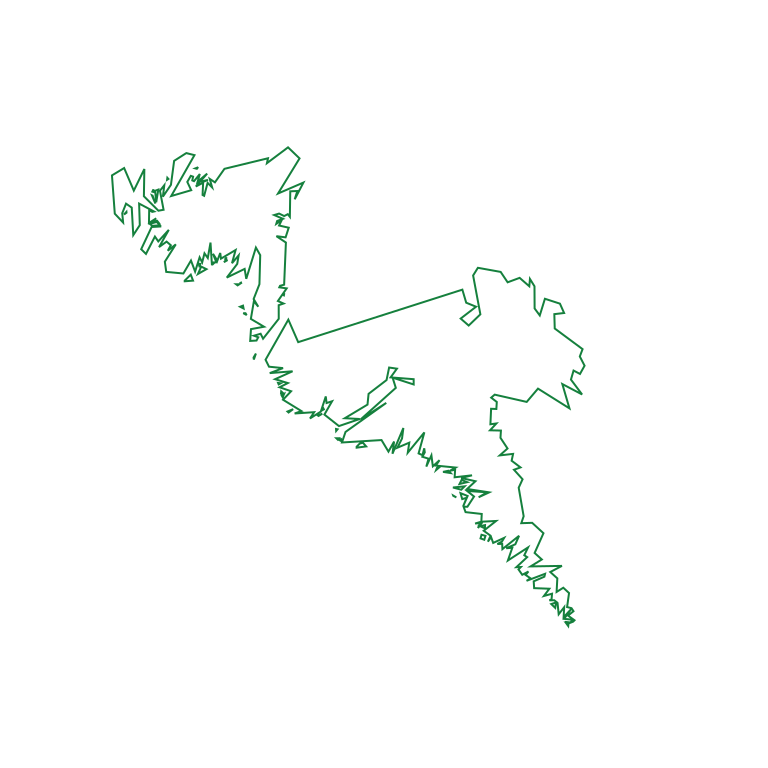 Newfoundland and Labrador, orthographic projection, rotated 161°
{"feature_id": "CAN-686", "entity_name": "Newfoundland and Labrador", "entity_type": "Province", "adm_level": 1, "iso_a3": "CAN", "parent_name": "Canada", "parent_adm1": "", "projection": "orthographic", "projection_center": [-58.847, 53.496], "detail": "fine", "context": "isolated", "style": "outline", "palette": "green", "viewbox_px": 768, "rotation_deg": 161, "n_neighbors": 0, "source": "natural_earth", "source_scale": "10m", "svg_char_len": 6198}
<svg xmlns="http://www.w3.org/2000/svg" viewBox="0 0 768 768"><g transform="rotate(161 384 384)"><path d="M287.5,97.5L290.4,100.2L285.3,97.8L282.5,99.8L290.2,103.3L280.2,110.3L290.1,105.0L286.3,114.3L293.8,109.4L291.2,120.5L293.4,124.1L298.1,125.6L295.7,125.8L293.4,131.0L301.8,131.5L294.3,136.6L308.5,142.1L306.7,148.7L295.1,149.6L293.5,152.1L313.3,151.5L308.7,152.5L312.3,157.4L308.5,159.7L315.4,158.6L317.2,164.9L314.2,166.4L318.5,167.7L305.0,173.7L307.1,176.4L301.0,182.6L324.3,176.8L316.0,187.4L321.9,188.9L312.0,189.7L305.7,196.5L325.8,189.3L324.3,194.4L328.9,195.8L323.8,196.6L320.5,199.4L332.5,198.2L332.6,205.8L337.5,212.8L322.6,218.0L336.8,222.1L333.9,229.3L348.6,236.3L348.7,242.0L345.1,240.8L335.5,248.3L340.2,255.8L321.7,248.0L331.4,246.1L319.8,247.3L339.6,257.7L329.2,262.3L341.6,270.0L330.5,269.0L347.6,272.8L344.7,279.7L349.9,280.5L343.5,281.7L361.6,290.0L356.3,293.9L364.6,290.3L362.4,301.1L370.9,292.1L366.2,298.9L371.4,302.7L367.7,306.1L366.9,310.1L370.8,304.2L373.9,307.1L361.6,325.1L383.9,311.3L379.2,320.3L392.1,319.4L384.7,326.6L380.0,336.1L398.7,315.3L393.2,326.3L401.8,318.6L404.6,331.8L442.8,342.4L436.0,351.2L388.0,365.4L417.9,358.0L374.1,376.5L373.8,387.2L356.1,373.9L354.4,378.9L375.6,388.1L366.8,394.3L373.8,397.9L380.3,386.9L401.8,379.7L406.3,369.9L432.2,364.4L418.3,358.8L440.3,358.9L450.3,374.5L438.7,384.6L444.5,384.7L443.1,391.2L452.7,378.5L465.2,375.5L459.2,380.1L478.1,385.2L470.9,385.3L484.6,402.0L474.2,407.4L483.8,414.9L474.6,416.2L485.4,424.0L466.3,425.8L488.5,431.5L474.3,431.9L487.1,437.8L488.1,445.5L453.5,476.0L451.5,451.5L279.2,447.7L279.8,434.1L271.8,427.1L290.2,420.9L284.9,411.7L270.2,418.5L264.4,457.6L257.4,463.3L237.2,452.0L234.0,439.9L221.2,440.2L214.8,429.1L211.8,435.8L209.9,427.4L217.0,406.4L214.4,398.1L204.1,412.2L191.5,402.7L190.6,392.5L200.2,394.6L204.5,380.9L184.9,352.3L189.9,346.3L188.4,336.0L195.4,329.7L200.4,335.0L205.8,327.3L200.1,309.6L215.4,325.9L216.6,300.6L239.9,329.5L254.9,320.6L282.8,337.9L287.1,336.2L283.2,330.3L285.9,323.8L290.8,325.7L296.5,311.3L290.6,310.1L298.8,305.7L288.6,301.9L291.4,295.2L288.2,282.8L297.8,278.8L284.7,275.9L288.3,269.9L282.1,260.7L289.0,260.6L284.0,248.8L290.4,242.1L295.0,213.5L299.5,207.7L289.1,204.5L281.8,191.0L296.6,175.2L291.9,166.7L304.8,163.8L275.0,154.1L288.0,152.1L283.4,143.8L288.5,131.2L280.8,133.0L277.1,126.1L283.5,113.5L279.7,111.0L278.8,107.5L285.4,105.1L280.8,98.6L282.6,97.7L287.5,97.5ZM583.1,632.7L573.3,669.8L559.4,672.8L557.6,648.3L540.6,665.3L549.9,639.7L540.9,621.3L535.7,620.5L532.9,639.7L527.0,643.5L532.1,633.1L520.6,641.7L509.8,663.3L495.8,666.7L488.7,662.1L524.0,631.0L503.2,630.0L504.2,639.1L498.9,643.7L497.0,642.2L499.0,638.9L497.6,637.6L489.8,642.5L494.4,635.9L482.7,640.5L497.6,632.0L489.5,633.2L494.0,621.8L492.8,620.5L485.3,631.6L482.5,625.8L482.0,634.7L478.2,629.7L464.8,639.4L420.2,635.2L422.8,630.9L397.7,639.0L390.4,624.8L422.2,598.6L394.6,600.7L408.3,587.7L403.1,594.7L409.9,596.7L418.6,572.7L419.7,575.9L423.7,575.3L427.7,579.3L432.8,579.5L425.8,573.1L432.0,572.9L433.7,570.5L427.4,572.2L431.6,568.0L423.2,562.8L429.3,554.7L437.6,558.8L430.7,549.7L446.1,510.4L450.3,510.7L451.5,509.5L444.9,506.1L457.3,497.0L452.8,492.8L457.9,492.8L462.3,479.9L483.6,466.2L484.3,471.7L491.2,472.0L487.7,469.1L490.4,466.6L496.5,468.3L491.9,479.2L478.8,477.2L488.7,488.9L480.1,504.6L477.7,498.0L479.6,506.8L469.3,518.9L459.1,546.1L460.7,554.7L480.0,528.3L478.3,538.2L498.0,535.8L483.7,545.3L479.6,552.9L488.4,547.7L480.7,559.0L497.3,555.6L496.2,561.2L501.4,554.9L503.3,562.8L502.9,553.6L506.1,554.6L505.7,553.5L507.2,552.8L507.8,553.1L502.0,574.2L509.6,560.5L511.2,566.0L516.3,558.2L517.1,563.8L526.0,551.8L526.3,563.6L537.7,553.8L553.4,560.9L551.4,571.0L535.4,583.8L545.0,580.4L540.4,584.6L543.2,589.4L552.1,586.7L537.3,599.8L551.0,592.3L552.6,598.0L566.7,584.5L569.7,590.5L552.6,608.1L544.4,605.8L544.1,608.4L545.4,612.2L552.2,612.7L545.4,614.8L553.8,612.8L549.4,624.9L547.1,622.2L545.3,622.0L556.8,634.3L563.2,613.7L572.6,606.4L565.1,632.9L569.2,638.5L575.9,630.7L578.1,621.6L583.1,632.7ZM341.4,250.9L348.8,242.8L342.9,249.5L347.5,249.7L347.2,255.9L341.4,250.9ZM421.2,330.8L430.6,332.7L430.3,333.6L426.3,335.6L423.0,335.3L421.2,330.8ZM531.1,550.3L530.9,543.9L539.0,546.0L538.8,546.6L531.1,550.3ZM551.6,609.0L553.4,611.7L546.1,611.2L544.3,607.0L551.6,609.0ZM350.0,278.1L356.8,281.7L351.3,281.0L350.0,278.1ZM345.4,258.9L352.5,263.7L341.1,261.0L345.4,258.9ZM518.6,554.5L514.5,550.4L524.1,548.6L518.6,554.5ZM335.6,214.7L339.4,218.3L334.4,217.7L335.6,214.7ZM345.1,264.9L341.9,268.0L337.3,264.1L345.1,264.9ZM295.0,116.6L297.5,121.5L292.4,121.4L295.0,116.6ZM343.3,222.4L338.0,222.2L336.9,220.7L342.0,217.2L338.5,221.3L343.3,222.4ZM337.1,201.1L333.3,205.1L333.0,204.1L337.1,201.1ZM337.5,207.4L339.9,204.1L343.0,206.6L340.9,209.7L337.5,207.4ZM540.2,630.0L537.5,641.2L534.1,641.3L540.2,630.0ZM478.1,389.8L483.5,388.1L484.2,389.4L478.1,389.8ZM492.2,501.1L494.9,503.9L491.8,504.0L492.2,501.1ZM484.0,634.3L489.3,634.0L490.6,634.9L484.0,634.3ZM357.6,287.7L362.7,285.7L361.3,287.4L357.6,287.7ZM354.9,256.0L352.5,253.2L354.9,255.7L354.9,256.0ZM498.7,451.5L495.2,454.5L499.1,449.5L498.7,451.5ZM452.0,376.0L456.3,375.1L456.8,375.8L452.0,376.0ZM481.7,407.2L484.1,404.4L484.5,406.7L481.7,407.2ZM442.9,343.8L444.9,346.0L442.6,345.9L442.9,343.8ZM491.4,493.9L494.0,496.8L491.9,496.0L491.4,493.9ZM491.6,552.1L495.7,551.3L493.1,552.5L491.6,552.1ZM449.5,382.2L449.1,379.6L451.5,379.2L449.5,382.2ZM520.3,554.4L520.0,558.0L518.6,557.4L520.3,554.4ZM541.5,637.4L541.4,629.0L542.0,637.9L541.5,637.4ZM571.7,629.8L574.6,628.9L571.5,630.6L571.7,629.8ZM491.5,555.0L493.5,552.9L493.5,553.8L491.5,555.0ZM288.6,95.2L289.6,98.4L287.8,96.9L288.6,95.2ZM482.3,408.1L484.4,408.7L483.6,410.5L482.3,408.1ZM481.5,418.3L483.7,417.9L483.8,419.5L481.5,418.3ZM538.6,643.1L539.4,640.6L540.4,641.3L538.6,643.1ZM488.4,525.4L490.3,524.9L491.3,526.4L488.4,525.4ZM448.7,502.3L449.8,500.4L450.5,501.2L448.7,502.3ZM492.2,649.3L489.7,649.4L489.1,649.6L490.9,648.4L492.2,649.3ZM442.7,356.3L444.5,355.2L444.0,357.1L442.7,356.3ZM444.3,347.4L445.8,346.4L446.7,348.2L444.3,347.4ZM521.1,648.1L522.6,647.7L521.7,649.5L521.1,648.1ZM486.2,526.1L487.8,526.1L486.2,526.4L486.2,526.1Z" fill="none" stroke="#15803d" stroke-width="2"/></g></svg>